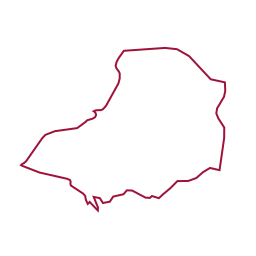 outline of Bulacan, rotated 11°
{"feature_id": "PHL-2565", "entity_name": "Bulacan", "entity_type": "Province", "adm_level": 1, "iso_a3": "PHL", "parent_name": "Philippines", "parent_adm1": "", "projection": "orthographic", "projection_center": [120.991, 14.97], "detail": "fine", "context": "isolated", "style": "outline", "palette": "rose", "viewbox_px": 256, "rotation_deg": 11, "n_neighbors": 0, "source": "natural_earth", "source_scale": "10m", "svg_char_len": 1067}
<svg xmlns="http://www.w3.org/2000/svg" viewBox="0 0 256 256"><g transform="rotate(11 128 128)"><path d="M103.0,210.2L100.3,206.5L99.0,202.9L96.6,201.0L83.0,195.4L82.1,193.8L82.0,191.9L81.1,190.2L78.1,189.5L49.7,188.6L31.8,185.4L30.1,184.9L30.9,183.7L32.8,182.0L34.3,180.1L45.7,154.5L48.2,150.5L56.8,145.1L78.1,137.8L84.9,130.4L86.6,128.1L91.5,125.6L93.7,123.5L94.2,121.2L93.3,119.5L91.9,118.4L91.2,118.1L93.2,116.7L98.0,115.6L99.8,114.4L102.2,110.4L110.1,86.0L110.4,81.1L109.5,76.2L108.5,74.6L105.1,71.4L104.0,69.2L104.2,65.2L105.6,60.9L109.2,53.0L149.2,42.3L161.1,41.3L174.3,45.8L199.9,64.4L214.4,64.7L216.4,73.0L216.3,79.0L211.7,91.8L211.9,96.8L214.8,101.3L222.4,109.2L224.3,119.4L225.9,151.9L216.1,151.6L210.0,157.1L204.6,164.1L197.2,168.5L186.6,170.7L181.2,178.8L175.3,186.1L171.7,191.0L164.5,190.2L162.7,192.5L160.6,192.7L158.5,193.0L144.0,188.6L138.8,189.4L136.2,193.9L129.8,196.7L126.6,198.1L124.2,203.8L117.7,206.4L113.7,202.2L107.5,202.2L113.7,211.8L114.1,214.7L108.1,210.5L104.5,207.9L103.0,210.2Z" fill="none" stroke="#9f1239" stroke-width="2"/></g></svg>